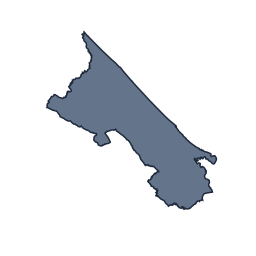 the district of Tha Sala, Nakhon Si Thammarat, Thailand, rotated 322°
{"feature_id": "78962969B88164862603856", "entity_name": "Tha Sala", "entity_type": "district", "adm_level": 2, "iso_a3": "THA", "parent_name": "Thailand", "parent_adm1": "Nakhon Si Thammarat", "projection": "equal_earth", "projection_center": [99.868, 8.707], "detail": "fine", "context": "isolated", "style": "filled", "palette": "slate", "viewbox_px": 256, "rotation_deg": 322, "n_neighbors": 0, "source": "geoboundaries", "source_scale": "gbopen_adm2", "svg_char_len": 5897}
<svg xmlns="http://www.w3.org/2000/svg" viewBox="0 0 256 256"><g transform="rotate(322 128 128)"><path d="M179.3,203.2L177.5,202.2L176.1,201.8L176.2,200.7L177.3,199.7L177.3,199.1L175.8,196.3L173.9,193.8L173.4,192.7L173.3,191.5L172.5,191.4L172.4,190.0L171.9,190.1L171.6,189.9L171.2,188.8L171.5,188.1L170.0,185.0L168.0,178.1L168.0,177.6L167.6,176.3L167.8,176.0L167.2,174.2L167.3,174.0L167.0,172.0L167.3,171.8L166.7,169.0L166.6,167.7L166.9,167.5L166.0,161.3L166.2,160.8L166.3,157.8L167.0,156.2L166.2,156.2L166.6,155.1L167.0,155.1L165.3,147.4L164.4,141.6L162.0,120.3L160.0,96.2L160.0,93.3L159.8,93.2L159.2,80.3L159.3,75.7L158.6,74.0L158.2,69.0L157.2,64.1L155.3,51.5L153.0,31.8L153.1,30.9L152.8,30.7L152.5,25.2L152.1,25.5L151.6,26.7L149.9,25.9L149.5,25.9L149.3,26.5L149.9,27.7L149.8,28.3L148.1,28.6L147.7,29.1L147.9,30.8L147.1,32.1L147.0,32.7L147.4,34.6L147.3,35.4L146.5,36.9L145.1,38.2L144.7,39.5L145.1,40.7L144.9,42.3L144.7,42.6L144.0,42.7L143.8,43.2L143.9,43.7L144.4,43.9L144.1,45.1L143.8,45.4L144.5,45.8L144.0,47.1L144.2,48.4L143.7,48.9L143.5,48.6L143.4,49.4L142.9,49.9L142.6,49.7L142.2,50.4L141.1,51.9L140.7,51.6L140.1,52.5L139.9,52.3L139.3,52.8L137.5,52.9L136.8,54.5L136.0,55.0L136.1,55.7L135.2,55.9L135.1,56.2L134.9,56.2L134.9,57.4L132.4,57.3L130.6,58.1L129.5,57.8L129.3,57.9L129.3,56.5L129.2,56.3L128.7,56.8L127.5,56.8L127.1,57.2L126.5,57.4L126.3,56.5L126.0,57.0L125.3,56.7L124.9,57.1L123.6,57.2L123.0,58.1L120.5,58.7L120.0,58.2L118.6,57.7L118.2,57.0L117.7,56.7L116.3,57.1L115.4,56.5L114.7,56.5L114.6,56.2L114.0,56.6L113.6,56.2L113.4,56.6L112.4,57.1L112.4,58.0L112.0,58.1L111.6,57.3L111.4,57.4L111.6,57.8L111.3,58.1L110.5,57.4L109.9,58.5L109.4,58.1L109.2,58.6L108.6,58.5L108.4,59.0L107.6,59.2L107.2,58.8L106.8,58.9L106.6,59.7L106.6,63.1L106.3,63.8L105.9,64.0L104.6,63.7L104.0,62.6L103.1,62.1L102.9,62.7L102.1,62.4L101.9,62.9L101.1,63.1L101.0,63.7L100.7,63.7L100.0,64.3L98.8,64.4L98.5,64.7L98.6,65.1L98.0,65.5L97.6,65.4L97.1,64.8L96.8,64.9L96.2,64.3L95.6,64.7L94.5,64.5L94.3,63.7L92.5,61.3L91.9,60.0L92.1,59.4L91.9,58.7L91.4,58.1L91.1,56.9L90.4,56.2L88.9,56.8L87.9,56.7L87.1,56.2L86.5,56.3L85.2,57.0L84.2,57.0L83.2,57.5L81.8,57.5L81.6,57.9L81.6,59.2L80.7,59.4L80.1,59.1L79.2,59.4L78.5,60.2L78.0,60.4L77.4,61.8L76.7,62.0L77.5,62.9L78.1,64.5L79.4,66.9L79.5,67.6L80.7,68.7L81.1,69.7L81.9,70.3L82.2,71.7L82.0,74.0L82.2,75.4L81.5,77.3L83.5,81.4L83.8,82.9L85.3,85.9L87.1,87.1L87.1,89.1L87.6,91.5L88.7,92.2L88.9,93.6L89.6,94.8L89.7,96.1L90.7,97.5L91.0,97.7L92.3,97.6L92.5,100.5L93.9,103.7L95.4,106.0L95.7,108.0L96.8,109.6L97.2,109.6L97.7,110.0L97.8,110.5L97.6,110.7L98.8,112.1L99.1,112.8L99.6,112.9L99.5,113.6L98.8,114.2L97.0,113.9L96.0,114.1L93.7,116.3L93.6,117.5L94.0,119.5L94.9,120.7L94.2,123.1L95.2,125.0L96.5,126.1L97.6,125.8L98.3,126.5L100.0,126.4L100.4,127.0L100.9,126.9L102.9,128.0L105.2,128.4L105.4,128.2L106.5,123.1L106.7,118.0L107.0,117.7L107.8,117.6L108.6,118.0L109.5,117.6L110.2,118.3L114.0,119.5L115.5,120.7L115.6,121.1L117.5,121.4L117.1,123.4L117.9,125.5L118.7,129.2L119.3,130.3L119.5,132.2L119.9,133.9L119.9,136.7L120.5,137.0L120.6,139.3L120.8,139.7L120.2,143.1L120.0,143.4L120.3,145.1L120.1,145.3L119.9,145.1L119.2,147.1L119.3,148.3L119.0,149.4L119.6,149.9L119.4,152.6L119.9,154.5L120.1,156.8L118.8,160.4L118.8,162.6L119.0,163.8L118.6,168.1L119.3,168.0L119.8,168.8L120.4,168.8L120.3,169.2L120.7,169.2L121.0,169.8L121.3,169.9L121.3,170.3L121.5,170.4L121.4,170.7L121.6,170.7L122.3,172.2L122.7,172.3L123.0,172.8L123.1,172.6L123.7,173.0L124.3,174.0L124.6,174.1L125.3,180.6L125.6,181.0L125.3,181.3L125.1,181.0L124.9,181.1L124.3,180.5L122.9,180.9L122.3,180.6L122.1,180.8L121.8,180.5L121.6,181.0L121.3,181.0L120.7,180.4L120.2,180.3L119.4,180.7L117.4,180.8L116.9,181.4L116.6,181.2L116.5,181.8L115.9,181.5L115.3,181.6L114.9,182.3L113.2,182.5L112.3,181.6L111.5,182.1L111.0,182.0L110.7,182.3L111.1,186.0L110.8,186.3L111.0,187.3L110.5,187.6L110.7,188.5L111.6,189.5L111.6,190.6L111.3,191.2L111.7,191.9L111.8,193.1L113.1,193.6L113.0,195.5L112.7,195.7L112.1,195.1L111.8,195.1L111.6,196.2L110.5,196.1L110.8,196.6L110.9,197.5L110.4,197.7L109.9,197.4L109.4,198.1L108.4,198.4L108.3,198.9L108.8,199.2L109.1,200.0L109.7,199.8L109.9,202.6L110.3,204.6L111.7,207.3L111.7,208.9L111.4,209.8L111.5,211.6L112.0,212.8L111.7,214.5L114.4,214.7L114.3,215.0L114.8,215.1L115.2,216.0L115.7,216.3L116.7,215.7L117.0,216.2L117.5,215.9L117.9,216.5L118.1,215.7L118.4,215.7L118.7,216.5L118.5,217.1L118.5,217.5L119.1,217.2L119.5,217.3L119.5,217.6L119.1,217.7L118.8,218.3L119.5,219.2L119.1,220.0L119.1,220.6L119.4,220.9L119.3,222.1L120.5,224.0L121.4,224.2L122.0,223.3L122.3,223.4L123.2,224.9L122.7,225.3L122.0,225.3L122.1,226.5L122.4,226.5L122.7,226.0L123.2,226.9L123.7,226.6L124.7,228.1L126.3,229.1L126.8,229.0L127.4,229.4L130.9,229.0L131.5,229.2L132.4,228.9L133.4,229.0L134.2,229.4L135.1,229.3L135.4,228.8L137.1,228.4L137.3,228.6L137.5,228.4L139.2,229.0L139.2,229.7L139.6,229.4L140.2,229.5L140.9,230.1L142.1,230.0L142.4,230.8L143.1,229.4L144.2,228.0L146.4,226.9L147.7,226.7L149.5,227.4L155.1,230.5L155.9,228.5L155.8,227.3L156.0,226.3L156.2,226.1L155.9,225.8L156.1,224.8L155.9,223.8L156.1,223.1L157.0,222.0L158.4,221.3L159.7,219.4L159.4,218.0L157.9,215.8L157.9,215.0L158.2,214.0L158.7,213.0L159.4,212.5L161.9,211.6L162.1,211.2L162.3,210.0L163.1,210.2L163.4,209.8L163.3,209.0L163.6,206.6L163.1,204.3L162.7,204.0L161.7,204.3L161.2,203.5L161.7,201.7L162.9,200.9L163.0,200.2L162.3,199.1L160.9,198.9L160.5,198.5L160.9,196.7L160.9,194.0L161.1,193.3L161.7,192.9L162.3,193.9L162.2,194.3L161.7,195.4L162.0,196.4L162.4,196.8L163.3,196.7L163.5,196.2L163.6,194.9L164.4,194.6L165.5,195.6L165.5,197.0L166.3,196.9L166.8,196.2L167.4,196.0L168.0,196.5L167.7,197.9L168.1,198.3L170.2,197.6L171.0,198.0L170.9,199.3L170.4,199.8L170.3,200.3L171.7,201.7L171.4,203.0L172.5,205.8L172.6,207.9L173.3,209.1L174.2,209.2L175.3,208.8L177.5,207.8L178.4,207.1L179.0,206.1L179.3,204.6L179.3,203.2Z" fill="#64748b" stroke="#1e293b" stroke-width="1.5"/></g></svg>